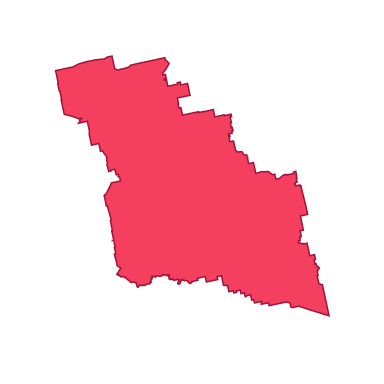 Boyup Brook, Western Australia, Australia, rotated 168°
{"feature_id": "25037944B18504039205701", "entity_name": "Boyup Brook", "entity_type": "district", "adm_level": 2, "iso_a3": "AUS", "parent_name": "Australia", "parent_adm1": "Western Australia", "projection": "robinson", "projection_center": [116.619, -33.886], "detail": "fine", "context": "isolated", "style": "filled", "palette": "rose", "viewbox_px": 384, "rotation_deg": 168, "n_neighbors": 0, "source": "geoboundaries", "source_scale": "gbopen_adm2", "svg_char_len": 5872}
<svg xmlns="http://www.w3.org/2000/svg" viewBox="0 0 384 384"><g transform="rotate(168 192 192)"><path d="M83.5,146.0L83.6,155.7L84.1,170.9L84.1,175.4L85.0,175.4L85.0,176.5L89.4,176.5L89.4,179.8L87.2,179.8L87.2,183.7L86.5,183.7L86.5,186.8L86.2,186.8L86.2,190.6L86.9,190.6L86.9,190.4L88.7,190.4L88.7,188.9L95.8,189.0L95.8,189.5L98.2,189.6L99.6,189.4L103.3,187.3L104.9,187.0L107.3,187.3L107.4,192.3L109.3,192.2L110.0,192.5L112.9,196.0L113.4,196.3L117.3,196.8L118.9,197.4L121.7,197.4L122.3,197.3L123.0,197.0L125.7,197.0L125.8,208.0L130.7,208.0L130.7,212.5L130.6,213.0L130.7,212.9L130.7,216.9L131.9,216.8L132.6,217.0L133.8,218.5L134.2,219.3L134.5,220.6L134.9,221.1L136.8,221.5L138.9,221.6L139.3,221.7L139.9,222.4L140.2,223.3L140.4,223.6L140.7,223.7L140.8,233.3L144.4,233.3L144.4,240.1L143.4,238.8L143.4,241.2L140.5,241.2L140.4,243.4L139.1,243.4L139.2,246.9L140.1,246.9L140.1,251.6L139.0,251.6L139.1,257.5L137.6,257.5L137.6,260.0L144.6,260.0L144.6,260.8L154.1,260.7L154.0,268.2L157.3,268.2L163.2,268.0L163.2,268.3L168.8,268.3L168.8,269.2L185.3,269.2L185.3,276.9L187.3,276.9L187.2,281.2L186.8,281.2L186.8,287.0L173.8,287.0L173.8,299.1L180.7,299.1L180.7,302.0L183.6,302.0L183.6,300.5L193.6,300.5L193.6,307.0L195.8,307.0L195.8,308.2L193.6,308.2L193.6,312.5L196.2,312.5L196.2,314.0L195.5,314.4L193.4,316.3L191.3,318.3L187.8,322.3L187.7,322.6L187.9,323.0L188.9,324.5L189.3,325.3L190.4,326.7L190.6,327.5L190.6,329.0L223.5,328.9L225.3,328.8L226.1,328.5L228.0,327.2L230.6,327.3L231.2,327.0L233.1,326.9L233.7,327.0L234.3,326.8L236.6,327.1L237.1,327.0L237.5,326.7L239.1,326.7L239.8,327.1L241.5,328.4L242.0,328.5L242.0,341.6L247.2,341.6L247.3,341.4L250.4,340.3L255.6,341.1L256.4,341.0L258.6,341.2L259.0,341.4L264.0,341.2L266.5,341.5L276.2,340.8L282.3,339.1L300.2,339.1L300.2,326.1L300.8,326.1L300.8,318.3L300.3,318.2L300.3,309.5L300.8,309.5L300.8,294.5L293.9,291.2L287.3,287.1L284.7,287.3L284.5,287.1L285.0,286.5L285.3,286.7L285.6,286.6L286.3,286.7L286.6,286.2L287.1,285.6L286.9,284.8L286.6,284.4L286.5,283.8L287.2,283.6L287.6,283.7L288.2,283.5L288.7,282.9L279.7,282.9L279.7,273.0L280.6,269.4L280.6,258.7L273.1,258.8L273.1,250.9L270.9,250.9L270.7,249.9L269.8,247.5L268.9,246.0L268.1,244.0L268.8,241.2L268.8,238.0L269.7,235.7L269.3,234.2L269.3,229.4L266.8,229.4L266.8,230.3L262.9,230.3L262.6,225.9L262.6,224.6L260.7,224.6L260.7,223.0L261.0,222.7L261.0,222.2L259.7,222.2L259.7,217.7L269.0,217.7L269.3,217.0L271.3,214.4L276.3,208.1L278.5,207.1L278.7,206.8L278.6,203.0L278.8,196.2L277.8,196.2L276.7,181.3L277.8,181.0L277.9,170.8L278.6,170.8L278.6,164.5L278.5,161.7L279.3,161.2L278.6,161.2L278.7,153.9L279.4,153.9L279.4,147.5L280.8,147.5L280.8,143.6L280.5,143.6L280.5,135.3L277.5,132.3L282.7,127.1L281.3,125.9L281.3,126.0L281.1,125.7L280.2,125.7L279.9,125.3L279.9,124.8L279.0,123.6L278.1,123.8L277.8,123.5L276.8,123.3L276.8,123.5L276.7,123.5L276.3,123.0L275.5,123.1L275.1,122.9L274.9,122.6L275.0,122.4L275.1,122.6L274.9,121.9L275.0,121.8L274.2,121.4L274.0,120.8L273.5,120.3L272.9,119.2L272.4,119.0L272.1,118.6L272.0,118.1L271.3,117.3L270.9,117.0L270.8,116.5L270.3,116.2L269.5,116.3L269.0,116.1L267.7,115.9L266.9,115.6L265.9,114.9L265.5,114.4L265.6,113.8L265.3,112.2L265.5,111.4L265.0,110.2L264.8,110.1L264.5,110.1L264.4,110.4L264.0,110.6L263.8,110.9L263.3,111.1L263.2,111.1L262.8,111.5L262.4,111.7L261.2,111.2L260.5,111.0L260.4,111.2L259.9,111.1L259.6,110.9L259.2,110.7L258.9,110.8L258.3,110.5L257.6,110.5L256.7,110.7L256.1,111.0L254.9,111.4L253.5,111.0L252.3,111.0L251.5,111.7L251.5,111.9L251.6,112.1L251.2,112.1L251.4,111.9L251.1,111.9L250.7,112.4L250.5,113.0L250.6,113.3L250.9,113.5L250.7,113.7L250.7,114.5L249.4,115.1L249.0,115.7L248.9,116.1L249.2,117.1L249.2,117.6L248.1,117.7L248.0,117.2L247.3,117.3L246.7,117.1L245.9,116.4L245.3,116.8L244.8,116.6L244.4,116.9L244.2,117.4L243.1,117.4L243.4,117.3L240.8,116.1L240.4,116.1L239.9,116.5L238.8,116.2L239.0,116.1L238.4,116.3L238.4,116.6L238.0,117.1L237.4,117.4L236.8,117.1L236.7,116.9L236.9,116.8L236.7,116.7L235.5,116.5L234.8,116.0L234.6,115.6L234.3,115.4L233.7,115.6L233.3,115.4L233.2,115.8L232.8,115.8L232.4,115.5L231.8,115.7L231.5,115.6L231.4,115.0L231.7,114.8L232.3,113.7L232.4,113.1L232.4,112.6L232.5,111.9L232.1,111.1L231.3,110.9L231.3,111.0L230.9,111.1L230.7,110.8L230.4,111.0L229.9,111.0L229.8,110.8L229.4,111.1L229.1,111.1L228.6,110.6L228.4,109.6L228.2,109.3L226.7,109.5L226.7,109.3L225.5,109.5L225.2,109.3L224.9,109.7L224.5,109.4L223.2,109.0L222.8,108.7L222.9,108.4L223.0,108.5L222.9,108.6L223.0,108.7L223.3,108.4L223.4,107.6L223.5,107.5L224.3,106.8L225.0,105.7L225.0,105.2L224.2,104.7L224.1,105.0L223.4,104.8L222.5,105.1L222.0,106.3L221.3,107.3L220.7,108.3L220.4,108.6L220.2,108.7L219.9,108.6L220.0,108.5L219.6,107.9L218.6,107.4L217.5,106.7L217.1,106.7L216.5,107.0L216.4,106.8L215.1,106.0L214.8,105.8L214.8,105.5L214.6,105.0L213.9,104.0L213.7,103.6L213.8,103.6L213.7,103.4L213.3,103.1L212.4,103.0L211.0,103.4L210.7,104.0L210.7,104.4L204.7,104.4L204.7,106.5L196.7,106.6L196.7,101.0L185.0,101.0L185.0,104.0L180.6,104.0L180.6,94.2L179.2,93.7L178.3,93.7L177.6,93.3L176.7,93.3L176.7,86.8L172.1,86.8L172.1,84.6L169.2,84.6L169.2,86.1L165.2,86.0L165.2,82.3L161.8,82.3L161.8,78.3L161.9,78.2L160.5,78.7L159.4,79.3L157.3,79.2L156.1,79.4L156.1,73.8L154.0,73.8L154.0,70.5L146.7,70.5L147.6,67.8L140.2,67.7L140.2,64.8L122.3,64.8L121.6,64.3L121.2,64.3L120.5,63.9L119.3,62.8L119.0,62.0L119.2,61.6L119.3,59.3L118.9,58.7L118.2,58.3L118.1,58.1L111.3,58.1L102.1,52.7L83.7,42.4L83.7,74.2L84.3,74.2L84.9,74.5L85.8,75.4L86.9,75.7L87.0,84.2L86.0,84.2L86.0,88.4L83.2,91.1L84.2,92.8L85.2,92.7L85.2,94.2L85.7,95.0L85.5,95.8L86.8,95.8L86.8,96.8L86.6,96.9L86.6,100.4L85.2,100.4L85.2,105.3L90.0,105.2L90.1,118.0L94.0,118.0L94.0,118.6L95.1,118.6L96.2,119.1L96.7,119.7L98.2,120.0L98.2,120.4L98.0,121.9L96.2,121.9L96.2,124.8L95.4,124.8L95.4,126.0L94.3,126.0L94.3,131.5L91.0,131.5L90.9,146.0L83.5,146.0Z" fill="#f43f5e" stroke="#9f1239" stroke-width="1.5"/></g></svg>